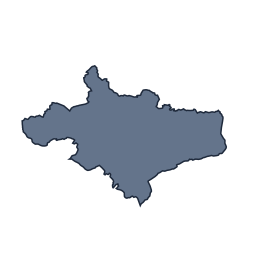 the district of Yen Thuy, Hòa Bình, Vietnam, rotated 301°
{"feature_id": "81297802B65575052729344", "entity_name": "Yen Thuy", "entity_type": "district", "adm_level": 2, "iso_a3": "VNM", "parent_name": "Vietnam", "parent_adm1": "Hòa Bình", "projection": "natural_earth1", "projection_center": [105.632, 20.427], "detail": "fine", "context": "isolated", "style": "filled", "palette": "slate", "viewbox_px": 256, "rotation_deg": 301, "n_neighbors": 0, "source": "geoboundaries", "source_scale": "gbopen_adm2", "svg_char_len": 5694}
<svg xmlns="http://www.w3.org/2000/svg" viewBox="0 0 256 256"><g transform="rotate(301 128 128)"><path d="M79.5,33.6L78.8,34.2L76.9,35.4L75.1,36.8L74.3,37.2L73.8,37.8L72.5,38.6L71.8,39.6L70.8,40.2L70.6,41.5L70.0,43.7L68.6,45.9L68.4,46.7L68.4,47.9L69.0,49.9L68.8,51.3L68.2,52.0L67.6,52.3L66.9,53.1L66.7,53.6L66.5,54.9L66.4,56.8L67.4,58.3L67.9,59.3L68.0,59.7L68.1,62.1L68.5,63.7L69.5,65.6L70.6,66.9L71.7,67.5L73.0,66.9L73.9,66.7L75.2,67.7L76.8,67.9L77.7,68.3L79.8,69.5L80.6,70.1L81.1,71.2L81.8,72.3L81.5,72.5L80.8,72.6L80.7,73.0L80.8,73.4L81.8,74.1L84.0,76.7L85.1,77.4L85.4,79.1L86.8,79.8L87.4,80.4L88.2,80.4L88.5,80.6L89.0,81.5L89.9,84.1L90.0,85.7L90.3,86.7L90.3,88.3L90.1,88.5L89.3,88.5L86.5,88.4L86.6,89.6L86.9,90.4L88.1,90.9L88.4,91.1L88.2,93.2L87.8,93.5L85.5,93.8L85.1,94.1L84.3,95.8L83.7,96.3L83.2,96.5L80.3,96.9L78.2,96.8L77.5,96.3L75.6,94.5L75.1,94.3L73.0,94.3L72.0,94.2L71.2,93.8L71.5,94.4L72.5,96.1L72.2,97.6L72.1,100.3L72.3,101.5L72.4,104.2L71.7,106.4L71.6,107.6L71.6,108.7L71.5,110.0L70.7,112.6L70.8,115.0L71.2,115.7L72.7,117.3L75.0,118.7L76.9,120.4L78.2,120.5L79.0,121.2L81.2,122.7L80.5,126.2L79.7,129.0L79.4,129.9L78.7,130.5L77.9,130.8L76.3,131.1L76.0,131.4L76.0,131.7L76.1,132.5L77.3,132.7L77.6,133.0L77.8,134.5L78.0,135.0L78.5,135.2L79.4,135.2L79.7,135.6L79.5,136.6L79.2,137.0L78.4,137.4L77.4,137.5L77.1,137.7L76.9,138.0L76.0,141.4L75.5,142.4L74.8,143.1L74.3,143.4L73.2,143.4L72.8,143.9L72.4,144.2L71.1,144.1L69.6,145.2L69.1,145.8L69.2,146.2L73.1,146.8L73.7,147.1L74.0,147.5L74.7,147.9L74.8,148.4L73.9,148.8L73.4,149.8L71.4,149.4L70.7,149.4L70.2,149.1L70.0,150.3L70.9,152.9L71.1,153.8L71.2,155.5L71.0,156.7L70.8,157.5L70.5,158.2L67.6,160.1L67.1,161.0L67.0,162.2L67.3,163.2L68.4,164.0L69.0,165.2L69.5,165.6L69.9,165.9L70.4,165.9L71.1,166.3L71.8,166.8L71.9,167.1L71.6,168.7L73.0,169.8L73.1,170.6L72.9,172.0L72.6,172.6L67.8,178.5L69.7,178.3L72.3,179.3L75.2,179.7L76.5,181.1L76.9,181.3L78.9,181.2L80.9,181.7L83.8,180.6L85.7,180.7L86.9,179.9L89.6,176.9L92.3,172.9L92.8,172.6L93.2,172.7L96.1,174.2L100.4,176.2L103.3,177.1L104.5,177.0L106.1,178.2L109.1,179.7L109.6,181.1L110.2,182.0L111.8,183.3L113.7,185.5L115.9,187.3L116.2,188.0L117.0,188.6L119.9,189.9L120.2,189.9L120.5,189.7L121.4,188.7L121.8,188.8L123.7,190.6L128.2,193.0L129.2,194.1L130.6,196.2L131.1,196.6L131.4,196.7L132.9,196.8L133.4,198.2L134.1,198.9L134.1,199.3L133.8,200.0L134.4,200.6L135.8,201.5L136.8,203.2L137.3,204.4L138.4,205.7L139.4,206.7L141.4,207.8L142.1,208.7L144.4,210.5L146.3,212.6L147.4,213.6L148.1,215.8L150.1,218.3L151.1,219.3L151.5,219.5L152.7,219.5L153.1,219.6L153.5,220.0L154.4,221.4L154.9,221.7L159.7,222.4L161.3,222.4L162.4,222.0L163.5,220.8L164.7,219.0L165.8,218.3L166.8,217.8L167.5,217.3L168.3,215.1L170.1,211.8L171.0,210.4L176.6,207.8L182.4,205.6L185.2,204.4L186.3,203.7L186.9,202.3L187.7,201.5L188.0,200.9L188.2,199.2L188.4,198.9L189.1,198.8L189.3,197.1L189.6,196.3L188.4,196.0L187.3,194.7L186.6,194.5L186.0,194.0L185.3,192.1L184.6,191.1L183.6,190.3L182.7,189.1L181.9,186.0L181.7,185.8L180.7,185.7L179.9,184.8L179.4,182.3L179.1,181.5L178.9,181.3L178.1,181.1L177.6,180.2L176.6,179.9L176.6,179.3L177.8,177.3L178.3,176.3L178.3,175.6L178.1,174.9L177.8,174.7L177.0,174.9L176.6,174.6L175.0,172.3L173.6,169.6L173.0,169.1L172.9,167.5L172.7,166.9L173.1,166.0L173.0,165.7L171.5,164.8L170.5,163.9L170.2,162.3L169.8,161.6L168.3,161.3L167.9,160.5L167.1,160.3L167.0,160.1L166.9,159.0L166.4,158.7L166.4,158.2L167.6,158.2L168.0,158.0L168.1,157.6L167.6,157.1L167.2,156.5L165.7,155.8L165.1,155.1L165.1,154.4L165.5,153.9L165.8,153.9L167.4,154.6L167.8,154.3L168.0,152.7L168.3,152.4L169.0,152.2L169.3,152.0L169.3,151.2L168.9,151.0L168.5,151.2L168.3,151.1L166.7,147.1L166.1,147.4L165.6,147.4L165.1,146.4L164.9,146.2L163.8,147.1L163.0,147.4L162.2,146.7L160.5,144.4L160.4,143.8L160.8,142.0L160.8,141.2L161.4,141.0L162.9,141.1L165.2,140.1L168.7,140.1L171.3,136.4L170.6,135.5L170.5,134.6L170.5,133.9L171.6,132.9L171.5,132.1L170.9,131.2L171.1,130.1L171.0,128.6L171.2,126.6L170.6,125.6L170.5,124.7L169.8,123.4L168.7,122.0L168.2,121.5L164.4,121.4L163.1,121.9L162.6,121.8L162.3,121.6L160.7,119.3L160.4,119.0L160.1,119.1L159.5,120.1L159.3,120.1L158.7,118.7L157.7,117.4L156.9,113.8L156.6,113.2L156.4,112.2L155.5,111.5L155.2,111.0L154.9,110.2L154.5,108.1L154.1,107.6L153.1,107.4L152.8,106.5L152.3,105.5L152.0,105.1L151.0,104.5L150.8,103.9L150.9,102.8L151.7,101.7L151.9,100.6L151.8,99.5L151.3,97.6L152.0,96.1L152.3,95.0L152.1,92.0L152.5,91.1L154.1,89.7L157.2,87.9L157.3,87.6L157.2,85.5L157.5,85.2L159.0,84.6L158.9,84.0L158.1,82.7L157.2,82.1L155.8,81.5L155.7,81.3L155.7,80.8L156.2,78.7L156.3,76.5L157.1,75.4L158.5,74.9L159.1,74.3L159.7,72.7L161.3,72.5L161.8,72.0L162.2,70.8L163.4,70.4L164.2,67.5L163.3,66.8L162.5,65.9L162.1,65.6L160.8,65.2L157.9,64.6L155.0,63.5L154.4,63.5L154.7,64.9L154.7,65.5L153.8,65.9L153.1,65.8L152.3,64.8L151.2,64.2L150.8,64.2L150.1,64.7L149.6,64.8L148.9,64.7L148.4,64.2L147.6,64.7L146.6,65.7L145.2,66.8L143.7,71.0L143.1,71.2L142.8,71.5L142.5,73.9L142.6,74.5L142.6,75.2L141.1,77.6L140.3,76.7L139.3,76.0L138.1,75.7L137.5,76.4L135.8,77.3L135.1,77.9L134.3,77.8L133.4,78.1L132.3,77.5L132.0,77.6L130.6,79.4L130.3,80.1L130.2,81.0L129.1,80.8L126.7,79.3L122.3,74.5L121.3,73.7L120.5,72.7L119.5,71.9L118.2,70.5L115.9,69.3L112.6,69.3L113.9,61.7L112.7,54.1L112.2,53.9L111.8,53.0L111.3,51.1L110.7,50.0L110.3,50.0L109.1,50.6L108.7,50.7L107.4,49.8L106.7,49.6L106.1,49.9L104.0,51.4L103.7,51.3L102.7,49.4L102.6,49.2L100.9,49.5L99.3,48.3L97.9,49.4L96.4,48.9L93.9,49.7L93.6,49.6L93.3,48.7L93.2,46.9L93.3,45.6L91.8,44.5L90.9,43.3L90.3,43.0L89.7,43.0L89.5,42.8L89.0,41.7L88.9,40.9L88.0,39.0L87.6,38.7L86.4,38.3L83.9,37.8L83.6,37.3L83.1,34.8L81.0,34.6L80.2,34.2L79.5,33.6Z" fill="#64748b" stroke="#1e293b" stroke-width="1.5"/></g></svg>